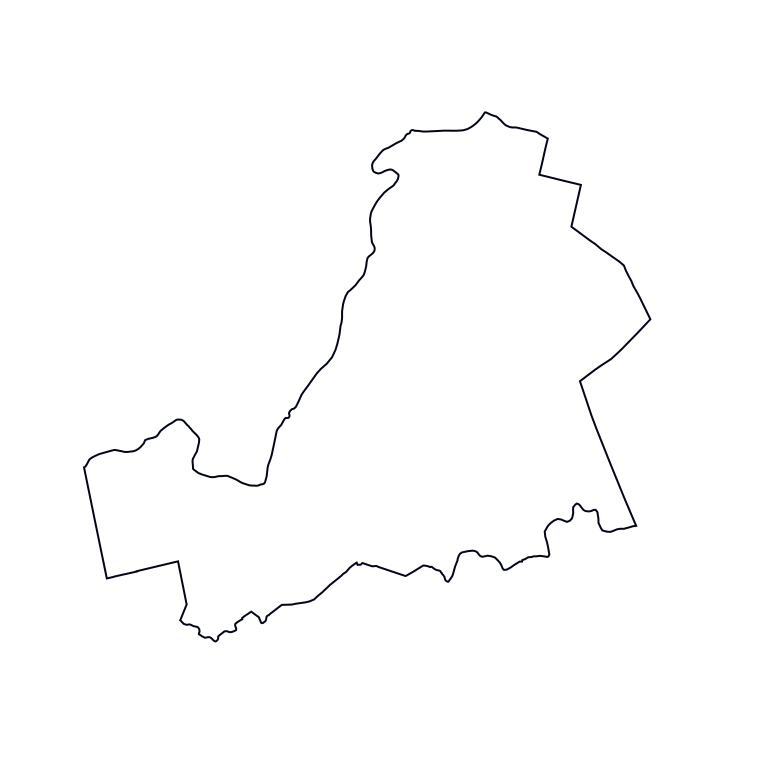 Cocorastii Colt, Prahova, Romania, rotated 282°
{"feature_id": "2599482B14880715488438", "entity_name": "Cocorastii Colt", "entity_type": "district", "adm_level": 2, "iso_a3": "ROU", "parent_name": "Romania", "parent_adm1": "Prahova", "projection": "robinson", "projection_center": [25.886, 44.846], "detail": "fine", "context": "isolated", "style": "outline", "palette": "ink", "viewbox_px": 768, "rotation_deg": 282, "n_neighbors": 0, "source": "geoboundaries", "source_scale": "gbopen_adm2", "svg_char_len": 6118}
<svg xmlns="http://www.w3.org/2000/svg" viewBox="0 0 768 768"><g transform="rotate(282 384 384)"><path d="M297.7,660.1L322.4,642.8L353.8,621.5L385.0,600.7L396.1,593.6L427.5,575.1L441.5,587.2L446.8,592.1L455.7,601.0L466.0,608.3L486.7,621.4L502.7,631.1L521.4,616.5L525.4,613.2L530.3,608.8L531.5,607.7L536.5,604.3L539.9,601.3L545.0,597.2L549.8,594.0L552.5,589.0L559.1,573.6L561.0,568.6L564.7,561.8L567.0,556.1L576.8,534.6L619.7,535.2L620.1,519.7L621.0,492.4L632.3,492.7L649.6,492.9L658.1,493.2L661.0,484.1L662.4,480.9L662.2,471.1L662.3,466.3L662.4,460.1L661.8,457.0L661.6,456.2L661.5,454.3L661.6,453.0L662.4,449.2L663.5,447.2L666.6,442.8L667.3,441.3L668.5,439.5L669.0,438.3L669.4,433.7L670.0,430.9L670.8,427.7L670.7,426.3L665.1,424.0L661.4,422.0L658.2,420.0L655.8,418.0L653.5,415.9L650.7,412.6L648.6,408.6L647.4,404.5L646.7,401.9L644.4,390.5L640.2,374.7L639.6,372.3L639.0,369.2L638.7,364.7L638.2,362.5L638.3,362.0L638.1,361.2L638.4,359.3L638.2,358.7L637.6,357.9L637.0,357.4L635.8,357.2L634.9,357.0L634.4,356.6L634.0,356.1L633.6,355.1L632.8,354.3L631.9,353.7L629.7,353.1L627.9,352.3L625.6,350.5L622.2,346.0L615.9,339.1L614.1,336.2L612.9,334.8L611.4,333.7L609.0,332.3L602.6,329.2L599.6,327.5L597.3,326.9L595.2,326.9L592.7,327.7L590.7,328.7L589.5,329.9L588.9,332.0L588.7,334.4L589.4,336.3L590.5,338.1L592.7,340.7L594.6,344.0L595.2,345.8L595.2,347.1L594.8,348.7L592.3,353.8L591.6,354.6L590.5,355.0L587.4,355.0L584.5,354.1L583.6,353.5L581.1,352.5L579.6,351.6L578.0,350.1L575.7,347.9L571.2,344.4L566.1,341.6L562.0,339.6L558.8,338.4L552.8,336.6L550.6,336.0L548.2,335.7L543.0,336.0L540.0,336.6L536.1,338.1L531.8,339.4L528.0,340.2L524.3,341.3L520.0,342.8L516.7,345.7L515.1,346.6L513.4,346.9L512.1,346.9L511.1,346.6L509.2,345.6L505.5,342.6L503.7,341.7L500.3,341.6L495.2,342.1L489.5,341.9L486.1,341.4L481.8,339.1L480.4,338.2L474.5,335.5L468.6,331.4L466.5,329.6L462.0,328.2L456.4,327.5L453.3,327.4L446.3,327.9L440.2,329.2L435.3,329.7L432.0,329.4L422.8,330.2L413.5,330.0L407.5,329.5L399.3,327.6L391.8,323.7L385.5,319.0L380.5,316.1L365.5,309.6L359.9,307.0L356.1,305.5L349.3,304.1L343.4,302.6L341.9,301.6L341.1,300.9L340.3,299.3L339.6,298.7L338.0,297.7L337.0,297.4L335.7,297.1L333.8,298.1L332.8,298.2L331.5,297.9L331.0,297.5L330.7,296.5L330.4,295.0L330.0,294.5L328.6,293.8L322.7,292.0L318.7,289.7L316.6,289.0L315.2,288.8L308.2,288.9L291.8,288.9L287.6,288.6L280.6,287.6L277.5,287.6L269.7,288.4L263.4,288.1L261.9,287.6L260.9,286.4L260.0,284.1L258.5,282.0L257.8,280.0L257.7,278.2L257.2,276.2L256.9,273.1L257.6,266.8L258.1,264.4L259.6,260.0L260.3,257.0L261.6,250.0L261.3,248.2L260.3,244.9L259.5,241.4L257.7,237.5L257.0,234.6L256.9,233.1L257.7,224.5L258.3,221.0L260.9,215.3L261.7,214.7L263.6,214.3L268.5,212.8L270.9,212.6L276.3,214.1L279.1,215.0L281.8,215.1L288.0,215.2L291.5,214.8L293.0,213.9L294.7,211.9L295.6,210.7L298.2,206.5L299.7,204.8L301.2,202.6L302.3,201.4L302.6,200.7L303.1,199.8L306.0,196.0L306.3,195.4L306.6,194.3L306.8,193.4L306.8,192.2L306.3,189.4L305.7,188.4L304.8,187.4L304.3,187.0L301.8,184.6L300.8,183.5L299.9,182.3L297.6,180.1L295.5,178.2L291.5,175.1L290.1,174.5L287.9,173.7L285.8,172.6L284.8,171.6L283.4,169.3L281.5,165.2L279.5,162.1L275.8,161.3L271.6,158.9L270.2,157.9L267.9,155.6L267.1,154.5L266.2,153.0L264.2,147.2L263.8,145.4L263.6,144.3L263.7,142.2L263.6,134.7L263.2,133.4L262.0,131.0L256.8,121.1L255.6,119.1L253.6,116.4L251.3,113.6L249.3,111.8L248.2,111.3L244.5,110.3L241.3,109.2L240.1,107.9L194.2,127.9L136.2,153.3L138.3,157.9L140.3,161.8L149.2,181.3L149.5,181.1L167.7,219.4L127.3,236.8L110.5,233.8L110.2,234.5L108.7,236.5L107.7,238.2L107.4,241.1L108.2,243.1L108.4,244.0L108.4,244.7L107.6,247.8L107.5,249.8L107.6,251.0L107.5,252.0L107.3,252.6L106.7,253.4L105.8,254.2L104.7,254.7L103.9,255.0L101.5,254.9L100.9,254.9L100.7,255.1L100.2,256.7L99.3,258.5L99.2,259.6L98.6,261.1L98.8,262.3L99.8,264.5L100.1,266.1L99.5,267.9L97.4,271.2L97.2,271.8L97.2,272.7L97.4,273.1L98.1,273.8L99.5,274.6L100.8,274.7L102.3,274.3L103.0,274.5L108.8,279.3L109.3,280.5L109.4,281.0L109.5,282.2L109.2,284.3L109.3,285.3L109.5,286.0L110.3,287.6L112.1,290.1L112.8,290.5L113.6,290.4L114.6,290.0L116.4,288.8L117.0,288.5L118.2,288.4L118.6,288.6L120.2,289.7L123.5,293.1L124.4,294.3L125.6,293.9L125.9,294.1L127.9,295.8L133.7,301.5L129.8,310.1L127.9,311.4L125.5,313.0L125.0,313.8L124.7,313.9L124.8,314.7L125.1,315.3L127.4,317.3L128.0,317.5L130.1,317.6L131.8,317.5L133.0,318.1L134.4,319.7L136.0,320.7L136.4,321.2L145.4,328.8L146.7,330.0L148.7,338.2L149.4,340.5L150.7,343.3L154.1,352.6L155.8,356.2L158.7,360.4L163.4,363.7L167.1,366.7L176.3,373.0L184.0,379.3L187.7,382.2L190.0,383.7L192.1,385.9L197.0,388.6L198.7,389.9L201.3,392.2L203.6,394.4L201.6,395.8L202.4,398.7L204.4,400.1L203.4,408.7L203.3,410.4L203.6,411.8L204.3,413.8L204.4,414.8L203.9,416.5L200.7,444.5L200.8,445.3L207.0,452.2L214.5,460.0L214.9,462.0L214.9,463.8L214.8,465.9L214.5,467.1L215.1,468.5L214.9,469.2L213.9,471.0L213.2,473.0L213.0,474.4L213.0,476.7L212.7,478.0L211.4,479.1L211.2,479.6L210.8,480.0L210.0,480.6L209.4,481.7L208.3,482.8L207.5,483.4L205.2,484.6L204.5,485.4L203.8,487.4L204.0,488.1L206.3,489.1L210.0,490.6L212.0,491.0L220.3,491.5L226.9,492.6L228.2,492.4L231.8,492.9L233.7,493.6L235.4,495.2L237.8,500.5L239.4,505.2L239.5,507.9L238.9,510.0L236.8,512.4L235.6,514.2L235.5,516.2L236.1,517.7L237.6,520.9L237.8,523.3L237.7,525.8L237.3,528.6L235.9,530.9L233.6,534.2L231.5,536.2L228.1,538.5L227.1,540.2L228.0,542.8L231.1,546.3L234.1,549.0L238.5,553.6L239.0,555.9L240.5,555.9L242.1,558.5L244.5,561.1L245.5,564.5L246.0,565.2L246.7,566.7L247.0,568.6L248.3,572.1L248.7,576.6L248.8,579.7L249.6,580.7L251.6,581.2L259.0,578.2L263.2,576.3L268.2,573.5L273.1,571.9L278.1,573.4L280.5,574.5L283.3,576.5L285.7,578.7L288.1,581.9L288.3,585.5L287.7,588.3L287.2,591.6L288.9,594.2L291.5,595.8L294.4,596.0L297.3,595.9L300.2,595.1L302.8,594.7L305.1,595.8L307.1,597.3L307.0,599.1L306.0,600.9L304.4,602.6L302.3,605.3L301.6,607.6L302.0,611.1L302.9,613.2L304.5,615.4L304.9,617.2L303.0,619.4L296.9,621.7L292.7,622.7L288.3,626.0L286.2,628.0L285.9,632.6L286.4,636.2L288.0,638.8L290.2,642.0L291.5,645.1L292.3,648.9L294.8,653.8L296.5,656.8L297.7,660.1Z" fill="none" stroke="#020617" stroke-width="2"/></g></svg>